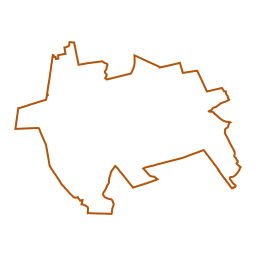 outline of Baneasa, Giurgiu, Romania
{"feature_id": "2599482B8826706360299", "entity_name": "Baneasa", "entity_type": "district", "adm_level": 2, "iso_a3": "ROU", "parent_name": "Romania", "parent_adm1": "Giurgiu", "projection": "natural_earth1", "projection_center": [26.067, 44.052], "detail": "fine", "context": "isolated", "style": "outline", "palette": "amber", "viewbox_px": 256, "rotation_deg": 0, "n_neighbors": 0, "source": "geoboundaries", "source_scale": "gbopen_adm2", "svg_char_len": 5509}
<svg xmlns="http://www.w3.org/2000/svg" viewBox="0 0 256 256"><path d="M111.5,213.9L111.9,212.9L111.8,212.1L111.9,211.4L112.2,209.3L112.6,207.7L113.7,204.6L113.7,204.0L113.2,202.8L112.4,200.5L112.1,200.1L111.7,199.7L111.2,199.4L110.8,199.3L109.0,198.9L107.1,198.3L106.0,197.8L105.4,197.5L105.0,197.3L104.6,196.9L104.2,196.5L103.9,196.1L103.6,195.7L103.4,195.2L103.3,194.8L103.1,194.3L103.1,193.8L103.2,193.4L103.3,193.0L103.4,192.6L103.5,192.4L104.4,191.3L105.7,189.0L106.1,188.2L106.5,187.2L106.8,186.4L107.0,185.9L107.1,185.6L107.2,185.4L107.8,184.7L108.3,184.0L108.5,183.7L108.6,183.4L108.8,183.0L108.9,182.7L109.0,182.4L108.9,181.3L109.1,180.1L109.2,179.5L109.2,178.4L110.1,175.6L110.6,173.7L110.7,173.0L110.9,172.7L111.2,171.9L111.5,171.1L112.3,170.0L113.3,168.6L115.2,166.0L115.7,166.3L115.9,166.6L117.1,167.8L117.7,168.4L119.0,170.1L119.5,170.9L121.7,173.4L122.9,174.9L129.5,183.2L133.0,187.6L137.4,186.2L140.8,185.1L144.3,184.0L146.9,183.2L157.5,179.4L154.4,176.8L154.2,176.7L153.5,176.6L152.4,176.5L151.2,176.3L151.0,176.2L150.4,176.0L149.7,175.5L148.4,174.1L147.5,173.1L145.1,170.5L144.2,169.4L143.6,168.9L143.2,168.6L143.4,168.4L143.8,168.1L144.4,167.9L144.5,167.8L145.3,167.5L153.1,165.6L154.0,165.4L154.3,165.3L157.5,164.3L158.5,164.1L159.2,164.0L159.7,163.7L160.5,163.6L178.2,159.0L182.3,158.0L191.0,154.7L198.2,152.1L198.9,151.9L199.2,151.7L201.9,150.7L203.7,150.1L214.6,164.5L215.2,165.2L215.7,166.0L219.0,170.5L218.7,170.7L224.6,178.8L224.7,178.7L230.8,186.9L231.7,188.2L232.0,188.1L232.3,188.1L232.2,188.0L232.3,187.8L232.5,187.7L233.6,187.4L234.7,187.1L235.1,186.9L235.3,186.8L235.5,186.5L235.6,186.2L235.6,185.9L235.6,185.6L235.3,185.2L235.0,184.8L233.8,183.9L233.4,183.7L232.8,183.0L231.4,181.0L230.0,179.2L229.9,179.0L229.9,177.9L230.0,177.6L230.1,177.4L230.4,177.1L230.7,177.1L231.2,177.0L232.5,176.9L232.8,176.8L233.7,176.4L235.3,175.3L236.1,174.5L237.4,172.8L237.9,172.3L238.9,170.6L239.3,170.0L239.8,168.5L240.1,168.0L240.2,167.7L240.3,167.8L240.6,167.3L240.6,167.0L240.5,166.8L240.3,166.7L240.1,166.6L239.6,166.5L237.1,164.3L236.6,163.5L236.8,163.4L237.0,162.9L237.7,162.2L237.8,161.7L237.7,161.4L237.6,161.0L237.4,161.0L237.3,160.7L236.6,159.6L236.0,158.2L235.9,158.0L235.7,157.8L235.0,157.3L234.8,157.1L234.6,156.9L234.4,156.6L234.3,156.4L234.3,156.1L234.3,155.7L234.3,155.4L234.6,154.5L234.7,153.4L234.7,152.9L234.5,151.5L234.3,151.3L233.9,150.8L233.9,150.6L233.9,150.4L229.8,142.9L228.9,141.0L229.0,140.9L228.8,140.5L224.8,133.0L225.3,130.8L225.0,130.0L225.0,129.7L225.2,129.3L225.6,128.7L227.8,127.3L227.9,127.1L228.6,124.8L228.9,124.3L229.3,123.6L229.6,122.4L229.9,122.3L229.4,122.1L227.3,121.9L225.2,121.4L224.1,121.0L222.5,120.2L220.5,118.8L219.3,117.9L215.5,114.4L214.8,114.2L214.6,113.8L214.4,113.4L213.9,113.0L213.5,112.4L213.2,112.2L212.7,111.9L211.9,111.8L211.4,111.7L209.9,111.7L209.3,111.6L208.9,111.4L209.2,110.9L209.4,110.8L211.0,110.3L211.5,110.0L211.8,109.7L212.1,109.3L212.4,108.8L212.7,108.2L213.1,107.9L213.5,107.7L214.3,107.4L214.9,107.2L215.6,107.1L216.0,106.9L217.2,106.1L217.5,105.9L218.0,105.5L218.2,105.4L220.2,103.7L222.3,102.7L225.7,101.6L227.6,100.6L227.8,100.4L229.1,99.8L228.4,98.6L228.1,98.1L228.0,97.7L227.8,96.4L227.7,96.3L227.6,96.0L227.4,95.7L227.0,95.4L226.4,94.3L226.0,93.5L225.8,91.4L224.6,91.4L224.2,91.4L221.9,88.0L212.0,90.3L206.9,91.5L205.1,87.5L204.1,85.4L201.4,79.5L197.2,70.8L197.1,70.7L182.8,72.9L179.9,62.8L178.2,63.3L165.9,66.2L160.2,67.4L160.3,67.2L146.4,60.9L141.3,58.5L134.5,55.4L134.6,60.9L134.6,62.9L134.5,64.1L134.3,65.2L133.9,66.7L133.3,68.7L131.0,73.5L129.8,73.8L106.8,79.5L106.7,79.4L106.6,79.2L106.1,78.8L105.7,78.5L105.2,78.4L105.1,78.2L105.6,77.6L106.2,76.5L106.6,75.4L106.7,75.1L106.7,74.9L106.6,74.4L106.5,74.1L105.2,72.9L104.9,72.4L104.8,72.0L104.8,71.6L104.9,71.4L105.3,70.8L105.9,70.1L106.2,69.6L106.5,68.9L106.6,68.7L106.6,67.5L106.8,66.4L107.2,65.6L107.5,65.0L107.5,64.9L107.5,64.6L107.4,64.4L107.2,64.1L106.8,63.8L106.2,63.5L105.1,63.1L103.8,62.4L102.7,61.7L102.3,61.3L89.2,63.0L87.8,63.2L78.6,64.8L76.6,55.1L75.3,48.4L74.7,45.4L74.1,42.5L72.9,42.5L71.8,42.3L70.7,42.2L70.2,42.1L69.9,42.2L69.6,42.2L69.5,42.4L69.4,42.7L69.3,43.1L69.3,44.7L69.2,45.2L69.0,45.7L68.6,46.1L67.3,46.6L66.6,47.0L65.9,47.3L65.3,47.4L64.4,47.5L65.5,53.8L58.1,55.2L58.4,58.6L55.9,59.0L55.6,57.0L54.3,57.1L53.8,56.5L53.8,55.5L52.8,55.1L48.9,82.5L48.6,83.8L46.9,95.3L47.0,95.4L47.8,95.1L47.8,95.3L47.1,95.7L46.8,95.9L46.6,97.3L46.2,99.6L45.9,99.8L38.4,102.0L36.1,102.8L34.0,103.4L29.8,104.7L27.6,105.5L21.7,107.3L18.7,108.3L18.3,108.2L17.6,113.1L17.5,113.7L15.4,128.9L17.7,128.8L24.8,128.5L27.0,128.4L36.9,128.0L37.3,127.9L37.8,128.0L38.4,128.2L38.8,128.2L39.2,128.7L41.3,134.3L41.7,135.1L42.3,136.4L44.6,141.7L45.0,142.6L45.4,143.4L46.1,145.2L46.2,145.9L46.4,147.2L47.2,151.4L47.6,153.9L48.1,156.8L49.4,164.5L49.7,165.6L49.8,166.2L50.1,166.4L50.2,166.7L50.4,167.1L52.3,170.1L52.8,170.9L53.9,172.5L57.0,177.0L57.3,177.5L57.8,178.3L58.7,179.6L60.4,182.3L61.0,183.4L61.8,184.5L62.6,185.4L63.2,185.8L63.6,186.4L64.0,186.8L65.3,188.4L66.3,189.5L68.2,191.5L70.4,194.0L71.3,194.8L73.7,197.1L74.6,197.6L75.0,197.8L76.1,197.6L76.6,197.4L77.8,197.1L78.0,197.6L78.4,198.3L79.9,200.2L80.1,200.6L80.4,200.6L81.9,200.2L82.3,200.0L82.5,200.0L82.3,200.8L82.1,201.9L81.8,203.0L81.7,203.3L81.7,203.8L81.5,204.2L81.5,204.3L81.9,204.2L82.2,204.3L85.3,205.5L86.4,206.2L87.4,207.0L87.7,207.3L87.8,207.5L88.0,207.9L87.8,213.2L88.2,213.1L88.4,213.1L91.9,213.3L94.7,213.4L103.0,213.6L109.2,213.8L111.5,213.9Z" fill="none" stroke="#b45309" stroke-width="2"/></svg>